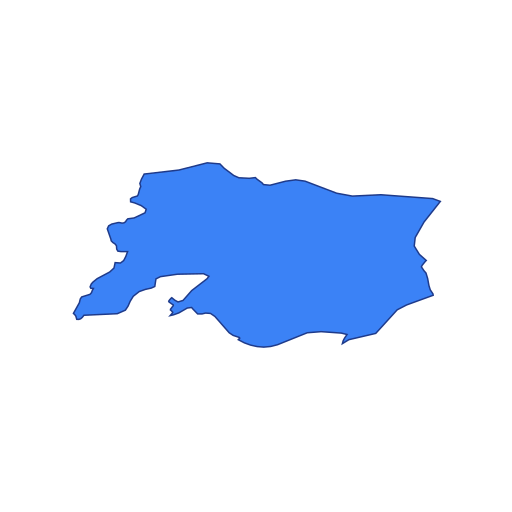 the border of Central Ostrobothnia, rotated 330°
{"feature_id": "FIN-3181", "entity_name": "Central Ostrobothnia", "entity_type": "Province", "adm_level": 1, "iso_a3": "FIN", "parent_name": "Finland", "parent_adm1": "", "projection": "robinson", "projection_center": [23.72, 63.644], "detail": "fine", "context": "isolated", "style": "filled", "palette": "blue", "viewbox_px": 512, "rotation_deg": 330, "n_neighbors": 0, "source": "natural_earth", "source_scale": "10m", "svg_char_len": 2191}
<svg xmlns="http://www.w3.org/2000/svg" viewBox="0 0 512 512"><g transform="rotate(330 256 256)"><path d="M69.1,221.2L69.9,218.0L69.8,216.7L69.2,214.4L79.6,208.2L82.4,205.3L84.6,204.3L93.1,206.2L95.2,205.5L97.0,204.0L99.0,202.8L98.6,202.5L96.8,201.4L96.9,199.8L99.3,197.9L101.6,197.1L107.1,196.2L121.3,196.7L127.0,195.4L130.7,191.3L135.1,194.3L139.1,193.8L143.0,191.3L147.0,188.0L141.3,184.7L138.8,182.7L138.8,180.4L140.3,177.3L139.9,174.9L138.8,172.8L138.2,170.4L138.7,169.0L140.8,158.1L143.5,156.2L147.0,156.2L153.3,158.1L154.5,158.8L156.5,160.6L158.3,161.3L160.2,161.1L161.8,160.2L163.6,159.7L169.4,162.1L181.5,163.1L184.3,160.6L181.8,155.0L177.4,149.3L174.5,146.4L175.9,143.8L178.0,143.5L183.3,144.7L184.7,143.9L188.9,139.7L190.9,138.3L191.7,135.1L195.2,132.2L199.7,129.4L200.1,129.1L232.2,143.0L260.3,150.9L270.8,158.2L272.3,164.1L277.0,175.2L280.3,179.7L289.1,185.4L294.7,187.8L295.2,189.8L297.8,195.7L298.2,197.9L303.5,201.7L319.0,206.0L328.5,209.9L335.9,215.7L357.2,241.9L369.4,252.3L394.8,265.4L437.7,294.6L442.9,300.9L418.5,310.6L403.1,319.6L398.0,326.5L398.3,336.3L401.2,345.0L400.0,345.3L395.3,347.1L393.8,348.1L394.1,352.6L394.7,355.7L393.4,361.3L391.0,368.0L390.0,372.4L390.3,377.3L389.8,378.6L362.0,373.7L351.4,373.2L321.0,382.9L294.6,374.9L287.0,375.1L289.1,373.0L291.6,371.4L295.6,369.5L291.3,365.4L274.6,354.1L262.0,348.1L230.3,343.6L223.5,341.7L217.2,338.8L211.7,335.0L206.8,330.5L202.5,325.4L198.8,319.6L199.6,319.3L200.3,319.4L200.8,319.1L200.9,318.3L196.5,313.3L194.4,309.1L190.2,287.8L187.9,283.0L183.8,280.2L180.4,279.2L176.5,277.0L174.8,270.2L174.5,268.4L170.5,266.7L160.8,266.7L155.2,265.7L151.9,264.7L155.1,263.6L155.8,263.1L155.6,262.3L155.4,261.3L155.2,260.6L154.9,260.0L155.4,259.3L156.2,259.0L158.8,257.9L159.6,257.6L159.9,256.8L159.4,256.1L158.1,253.2L157.7,252.5L157.8,251.5L159.2,250.8L161.4,250.1L162.2,250.0L163.6,253.7L165.5,256.8L170.6,258.0L183.0,253.8L202.3,251.2L205.1,250.0L201.7,245.1L178.9,232.5L162.9,226.1L157.9,225.8L153.1,231.8L149.2,231.4L143.5,229.6L137.1,228.4L129.6,229.5L124.4,232.3L120.2,235.4L115.8,237.6L107.0,236.6L77.4,221.3L74.8,222.3L72.7,222.7L70.8,222.3L69.1,221.2Z" fill="#3b82f6" stroke="#1e3a8a" stroke-width="1.5"/></g></svg>